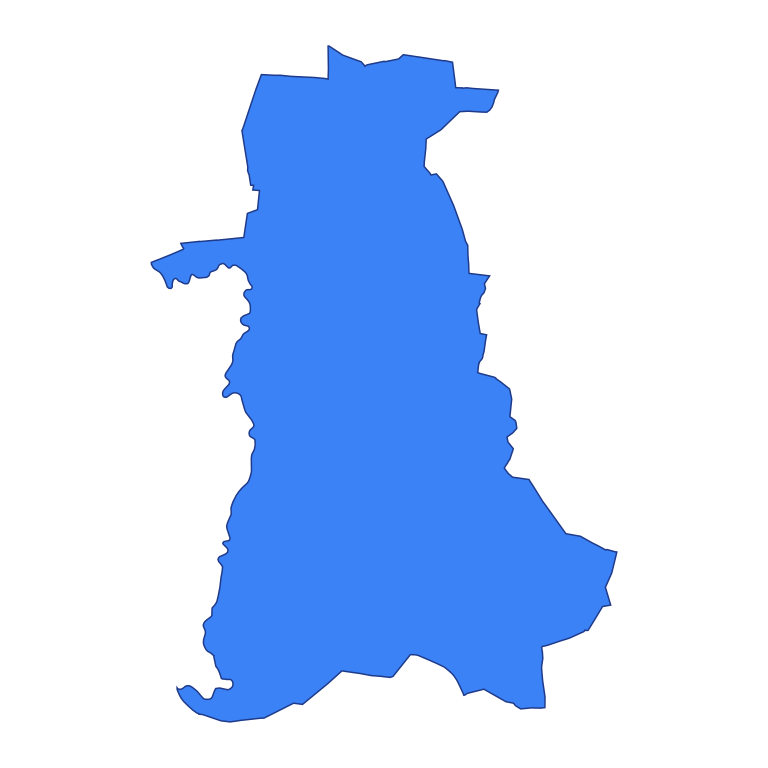 outline of Sokolku pag., Vilanu, Latvia
{"feature_id": "27541924B1096385045081", "entity_name": "Sokolku pag.", "entity_type": "district", "adm_level": 2, "iso_a3": "LVA", "parent_name": "Latvia", "parent_adm1": "Vilanu", "projection": "orthographic", "projection_center": [26.989, 56.509], "detail": "fine", "context": "isolated", "style": "filled", "palette": "blue", "viewbox_px": 768, "rotation_deg": 0, "n_neighbors": 0, "source": "geoboundaries", "source_scale": "gbopen_adm2", "svg_char_len": 6086}
<svg xmlns="http://www.w3.org/2000/svg" viewBox="0 0 768 768"><path d="M616.7,551.9L615.9,552.0L606.8,549.5L605.8,550.0L605.6,549.9L597.5,545.5L592.4,543.0L580.5,536.3L565.9,533.7L546.0,505.9L542.8,501.6L532.5,485.0L529.5,480.5L529.0,479.5L512.6,477.2L508.3,473.5L504.3,468.2L505.6,465.8L507.5,463.1L508.4,461.3L509.8,459.4L513.1,449.5L513.2,448.6L508.0,442.1L507.0,437.0L512.7,432.9L516.8,428.4L516.0,422.6L515.3,420.6L509.9,416.7L511.7,399.1L509.8,389.9L509.4,388.9L501.0,382.2L495.9,378.6L495.9,378.2L494.6,377.3L479.5,373.3L477.7,372.6L478.7,364.0L478.8,364.1L479.6,361.7L481.0,360.2L482.2,358.6L482.5,357.8L482.8,356.5L482.9,355.3L483.7,352.7L484.1,351.1L485.6,340.1L486.6,334.8L480.2,333.5L478.3,322.4L476.7,310.6L476.8,309.4L477.1,308.4L480.0,303.6L479.2,303.0L480.3,298.4L481.1,296.4L481.5,295.5L484.0,292.7L485.5,288.5L484.4,283.7L489.6,275.9L469.1,273.4L468.9,272.1L468.7,264.7L468.0,256.2L467.7,245.2L465.6,241.5L462.3,229.4L453.8,206.0L443.1,181.8L442.4,180.8L436.4,173.9L430.9,175.0L430.2,173.5L424.1,166.5L424.3,162.2L425.8,148.3L426.2,139.0L441.0,129.7L459.7,111.7L467.9,111.2L480.8,112.0L486.8,112.2L489.7,110.1L492.0,107.0L493.7,102.5L494.5,99.3L497.7,92.7L498.4,90.2L473.2,88.5L466.8,87.8L462.6,88.2L462.5,87.9L455.7,87.7L455.3,84.0L452.5,62.2L444.6,60.6L443.8,60.8L403.3,54.7L398.5,59.0L385.1,61.7L384.2,61.3L368.7,64.5L366.4,65.1L365.0,66.3L364.3,65.3L361.2,61.8L342.9,55.2L329.1,46.1L328.1,46.1L328.1,46.4L328.4,69.5L328.1,79.1L325.0,78.5L314.4,77.5L291.3,76.4L280.6,75.3L275.0,75.3L261.4,74.6L256.0,89.1L242.6,129.4L241.9,130.4L247.8,167.0L247.6,170.7L248.8,174.2L249.1,174.6L250.7,185.2L253.6,185.3L252.8,190.0L259.5,190.5L257.5,209.7L247.4,213.4L243.8,237.5L216.3,240.3L216.3,240.1L199.4,241.6L199.4,241.4L180.8,243.4L182.5,246.8L183.7,248.4L183.0,249.4L169.2,255.3L151.3,262.4L151.5,264.5L153.2,267.6L154.2,268.7L159.5,272.0L161.1,273.7L162.3,275.4L163.5,277.5L164.9,280.4L166.6,284.8L167.2,286.8L168.8,288.2L170.9,288.5L172.0,287.4L172.3,286.5L172.2,284.5L172.6,281.9L173.2,280.3L173.7,279.4L174.6,278.7L175.6,278.4L177.1,279.2L177.8,280.2L179.0,281.2L180.5,281.7L183.6,283.3L185.2,283.8L187.6,283.6L188.3,283.0L189.3,281.0L190.2,277.7L191.1,275.3L191.7,274.5L192.6,274.5L193.5,274.9L196.7,277.3L198.1,277.8L199.5,278.0L206.7,277.3L208.7,276.0L209.2,275.2L209.9,272.9L210.3,272.2L211.2,271.7L214.5,270.6L216.6,269.5L217.8,267.9L218.5,266.0L219.4,264.9L220.1,264.4L222.6,263.5L223.8,263.7L224.6,264.2L225.8,265.3L227.4,267.0L228.6,267.9L229.6,268.0L230.3,267.7L232.7,265.3L235.2,265.1L236.6,265.6L240.8,268.5L243.9,271.0L245.4,272.4L246.5,273.9L247.2,275.3L248.2,280.2L249.2,282.3L250.4,284.4L251.9,286.1L252.1,287.6L251.5,289.1L249.6,289.7L248.0,289.6L246.7,289.8L245.6,290.5L244.2,292.5L243.9,294.0L243.9,295.0L244.2,296.0L245.3,297.5L247.7,300.1L249.2,302.3L249.9,304.1L250.3,306.0L250.4,310.1L250.2,311.7L249.8,312.9L249.2,313.6L243.7,315.8L241.1,317.9L240.7,319.0L240.6,320.4L240.8,321.6L241.5,322.9L242.5,324.1L243.7,325.0L247.9,326.1L248.7,326.7L249.2,327.5L249.4,328.6L249.2,329.5L248.5,330.5L247.6,331.2L244.3,333.3L243.1,334.4L241.1,338.2L240.1,339.3L237.3,341.5L236.0,343.5L233.8,351.4L233.1,353.4L232.6,356.0L232.9,360.2L232.6,362.1L231.5,364.8L225.9,373.1L225.2,374.9L225.1,376.0L225.6,377.2L226.5,378.4L228.9,380.3L229.4,381.3L229.5,382.7L229.0,384.3L224.8,388.9L223.4,390.6L222.7,392.4L222.6,393.7L222.7,394.8L223.1,396.1L223.9,396.9L224.7,397.2L225.9,397.3L227.0,397.0L231.6,393.7L233.1,393.0L234.8,392.8L236.4,392.9L238.1,393.5L239.6,394.4L240.8,395.7L241.4,397.3L241.8,399.5L244.6,409.3L245.7,412.2L251.9,420.4L253.7,424.0L253.9,425.1L253.7,426.3L253.1,427.4L250.5,429.6L249.6,430.9L249.2,432.3L249.1,433.4L249.3,434.8L249.8,435.9L250.5,436.7L253.7,438.5L254.8,439.5L255.0,440.6L255.2,445.0L254.4,449.2L253.7,450.9L252.4,453.2L251.7,455.1L251.3,458.6L251.5,471.0L251.1,473.3L250.4,476.0L248.9,480.4L247.9,482.2L246.9,483.5L243.4,486.6L241.5,488.5L238.9,491.6L236.3,495.3L233.0,501.8L231.6,505.8L231.0,508.1L231.2,511.7L231.2,514.3L227.7,522.3L226.8,525.4L226.7,526.8L227.1,529.0L230.0,537.9L229.9,539.2L228.9,540.6L224.0,541.6L223.2,542.4L222.8,543.2L223.2,544.2L227.4,548.4L228.0,550.5L227.6,552.1L226.6,553.2L225.2,554.2L219.6,556.7L218.6,557.8L218.0,559.4L218.6,561.4L221.5,565.0L222.6,567.0L221.9,573.2L221.1,577.0L219.9,587.2L218.3,595.7L216.9,601.5L215.7,603.7L214.7,605.1L212.2,607.9L212.0,609.8L211.9,615.3L211.2,616.6L206.6,620.0L205.1,621.4L204.0,622.9L203.3,624.9L203.3,625.9L205.3,631.0L205.4,633.3L205.1,634.5L203.6,639.6L203.4,642.3L203.6,644.1L204.0,645.5L205.1,647.9L206.2,649.8L207.7,651.3L211.2,653.3L212.8,654.9L213.9,655.5L213.8,656.6L215.9,666.4L217.7,668.8L218.7,670.6L220.9,676.6L221.3,678.4L222.5,679.0L225.6,679.2L226.7,679.5L229.5,679.4L231.3,679.9L232.5,681.5L232.8,682.4L233.0,684.3L232.8,685.8L232.2,686.9L230.8,688.4L229.1,689.4L228.2,689.7L226.6,689.5L219.6,688.0L215.8,688.5L214.8,690.1L212.2,697.0L211.1,698.4L209.5,699.2L208.5,699.3L205.4,699.3L204.4,699.1L203.3,698.4L200.9,695.7L197.0,691.1L192.3,687.3L189.6,685.8L187.9,685.7L186.0,686.0L185.0,686.6L183.4,688.0L181.6,689.0L180.7,689.3L178.9,689.2L177.7,688.6L177.1,687.8L177.1,689.2L177.6,690.8L179.5,695.1L181.3,698.4L183.9,701.7L188.5,706.2L192.7,710.0L196.7,712.9L198.9,713.7L198.9,714.2L202.4,714.5L221.0,720.8L230.0,721.9L239.1,720.7L239.6,720.5L260.5,718.2L264.0,718.1L293.6,703.2L302.5,704.4L327.8,683.6L341.9,670.9L360.2,673.5L371.4,675.6L382.1,676.4L382.1,676.5L390.3,677.4L393.0,676.4L410.4,654.6L416.3,654.9L418.9,655.7L435.3,662.8L443.6,666.7L445.5,668.0L448.9,670.8L452.1,673.7L454.2,676.2L456.8,680.1L459.2,684.9L463.5,694.1L463.6,695.0L463.9,695.3L465.1,694.9L467.2,693.4L483.9,689.2L505.9,701.7L513.5,703.2L515.5,705.7L520.7,708.9L531.0,707.9L540.7,708.1L544.9,707.6L545.0,696.9L542.6,680.4L541.6,668.7L541.6,666.4L542.8,658.5L542.4,652.0L541.6,647.3L542.5,646.4L547.2,645.4L560.2,641.0L568.9,638.3L583.8,631.6L584.9,630.6L584.9,630.2L587.5,630.5L588.1,630.3L595.3,618.6L602.3,606.9L602.7,606.5L610.7,605.1L610.0,602.8L605.4,587.3L611.7,573.1L614.6,561.3L616.7,552.6L616.7,551.9Z" fill="#3b82f6" stroke="#1e3a8a" stroke-width="1.5"/></svg>